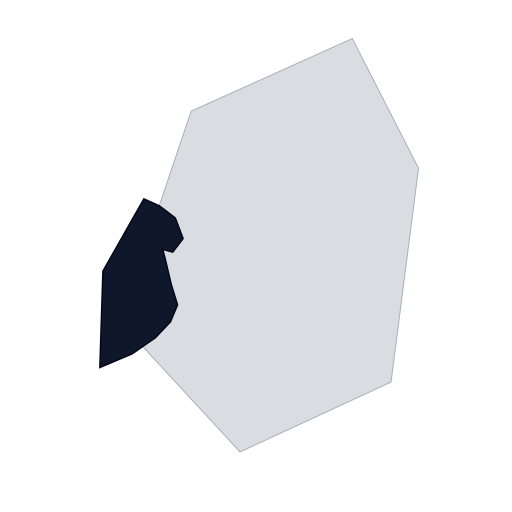 Acquaviva on a map of San Marino (Mercator projection), rotated 345°
{"feature_id": "SMR-4885", "entity_name": "Acquaviva", "entity_type": "state/province", "adm_level": 1, "iso_a3": "SMR", "parent_name": "San Marino", "parent_adm1": "", "projection": "mercator", "projection_center": [12.411, 43.944], "detail": "fine", "context": "in_parent", "style": "filled", "palette": "ink", "viewbox_px": 512, "rotation_deg": 345, "n_neighbors": 0, "source": "natural_earth", "source_scale": "10m", "svg_char_len": 505}
<svg xmlns="http://www.w3.org/2000/svg" viewBox="0 0 512 512"><g transform="rotate(345 256 256)"><path d="M353.8,412.7L189.8,441.1L107.6,284.5L230.9,99.3L405.3,70.9L435.7,213.3L353.8,412.7Z" fill="#d9dde1" stroke="#a8b0b8" stroke-width="1"/><path d="M76.3,323.3L104.2,231.0L147.1,187.4L162.5,171.8L175.8,182.7L187.9,198.4L190.1,220.3L176.6,230.7L167.6,225.5L167.6,234.9L166.8,261.0L167.6,282.9L156.3,297.5L137.5,309.0L111.2,318.4L76.3,323.3Z" fill="#0f172a" stroke="#020617" stroke-width="1.5"/></g></svg>